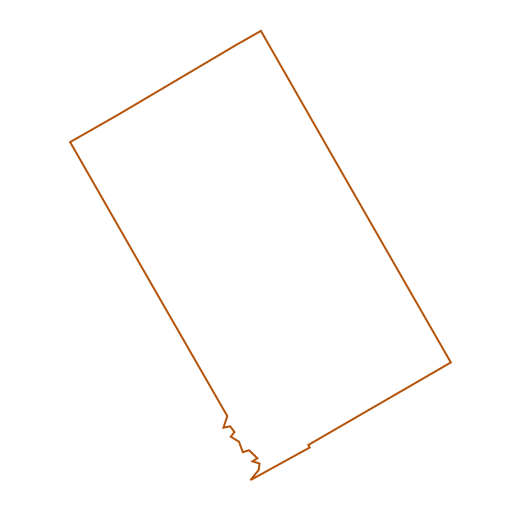 Washita, Oklahoma, United States of America, rotated 60°
{"feature_id": "52423323B11549083721324", "entity_name": "Washita", "entity_type": "district", "adm_level": 2, "iso_a3": "USA", "parent_name": "United States of America", "parent_adm1": "Oklahoma", "projection": "orthographic", "projection_center": [-98.855, 35.281], "detail": "fine", "context": "isolated", "style": "outline", "palette": "amber", "viewbox_px": 512, "rotation_deg": 60, "n_neighbors": 0, "source": "geoboundaries", "source_scale": "gbopen_adm2", "svg_char_len": 436}
<svg xmlns="http://www.w3.org/2000/svg" viewBox="0 0 512 512"><g transform="rotate(60 256 256)"><path d="M64.4,360.0L219.6,360.6L380.3,360.9L388.4,370.0L390.6,363.5L397.7,362.7L399.9,368.2L408.3,363.6L419.3,365.5L420.8,359.1L431.8,356.0L432.1,361.7L437.5,356.7L442.7,360.7L447.3,372.8L448.7,305.2L445.8,305.1L445.6,140.5L227.5,139.9L63.5,139.2L63.3,167.1L64.7,304.4L64.4,360.0Z" fill="none" stroke="#b45309" stroke-width="2"/></g></svg>